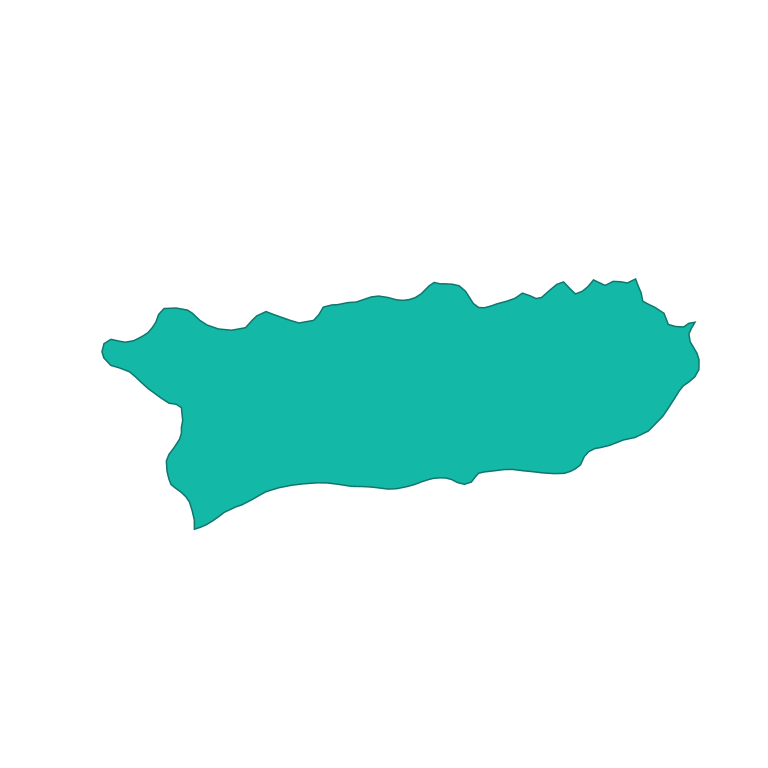 Sabino, São Paulo, Brazil, rotated 123°
{"feature_id": "56859067B35767000165463", "entity_name": "Sabino", "entity_type": "district", "adm_level": 2, "iso_a3": "BRA", "parent_name": "Brazil", "parent_adm1": "São Paulo", "projection": "albers", "projection_center": [-49.574, -21.483], "detail": "fine", "context": "isolated", "style": "filled", "palette": "teal", "viewbox_px": 768, "rotation_deg": 123, "n_neighbors": 0, "source": "geoboundaries", "source_scale": "gbopen_adm2", "svg_char_len": 2391}
<svg xmlns="http://www.w3.org/2000/svg" viewBox="0 0 768 768"><g transform="rotate(123 384 384)"><path d="M162.8,156.8L167.1,161.4L172.9,163.7L177.0,170.8L179.2,178.0L172.2,187.7L172.2,198.8L173.0,204.8L173.6,212.1L167.4,218.1L163.2,224.4L158.9,230.2L166.8,235.0L169.3,241.1L173.1,247.7L180.9,252.2L182.6,265.0L191.4,266.0L198.3,268.2L204.2,272.5L202.9,279.3L200.6,289.0L206.3,293.3L213.8,295.7L225.7,299.0L229.5,303.0L230.4,309.3L232.4,317.4L240.6,320.7L247.8,326.2L255.1,332.8L260.5,336.9L265.5,341.5L268.3,346.3L267.8,353.0L265.2,358.7L261.8,366.2L260.7,374.5L263.0,380.8L266.4,386.8L269.5,391.6L271.5,397.2L276.8,399.5L288.3,402.0L294.6,404.9L299.5,408.9L303.5,413.6L306.6,419.4L309.3,427.8L313.1,436.3L317.9,442.1L324.0,446.9L330.5,452.0L335.2,458.4L342.8,466.2L346.1,470.8L352.6,476.8L361.1,476.4L369.0,477.7L379.1,488.5L381.8,497.6L385.8,514.2L387.5,522.4L396.2,527.8L402.0,529.2L412.2,530.8L421.9,541.1L428.0,552.8L430.9,564.6L430.9,573.3L429.0,583.3L429.0,589.0L433.5,599.7L440.5,609.6L448.4,610.9L456.5,609.0L462.7,609.0L469.4,609.9L474.5,612.1L479.5,614.8L484.0,617.5L489.9,623.8L492.1,629.0L495.3,637.4L502.7,640.8L510.6,638.1L514.7,633.2L517.2,623.2L514.7,615.1L512.4,604.2L513.3,596.7L514.9,588.2L516.3,579.4L517.2,563.4L517.2,553.7L514.2,547.4L514.2,541.0L519.4,536.9L524.1,533.0L530.9,530.2L535.4,527.2L541.6,525.4L551.4,525.4L560.1,526.0L567.1,524.6L575.3,518.5L580.7,512.8L584.3,507.9L584.9,502.1L585.2,495.5L586.5,488.6L589.0,482.8L595.0,475.6L601.4,469.0L609.1,463.9L603.7,459.6L598.7,456.3L590.8,452.6L584.9,450.3L578.7,448.1L568.0,441.5L562.7,437.3L552.4,431.5L544.7,427.6L538.8,424.4L533.5,420.1L528.4,415.8L519.1,406.2L511.6,397.2L503.7,386.8L498.1,378.1L493.1,367.9L487.5,355.4L481.8,346.3L479.0,341.5L476.3,336.5L469.8,323.2L464.7,316.1L457.4,308.7L451.5,303.5L445.3,299.0L440.0,294.7L436.1,291.0L432.4,286.2L429.3,281.2L427.3,275.4L426.6,268.5L424.3,261.9L418.6,257.3L412.8,256.9L407.4,256.1L403.3,252.2L397.6,245.3L390.2,236.5L385.7,229.8L380.4,218.9L377.4,213.2L371.9,202.1L366.5,192.5L360.8,184.2L355.7,180.0L350.9,177.3L344.8,175.2L335.7,176.5L329.3,175.5L323.4,172.1L319.5,167.9L312.5,161.3L300.6,152.8L292.2,144.4L279.3,136.6L259.3,132.6L250.6,132.4L240.4,132.4L228.9,132.6L222.5,132.0L215.9,129.3L208.7,127.2L200.3,127.8L192.1,133.0L187.8,138.2L181.7,150.4L175.9,155.6L169.8,156.5L162.8,156.8Z" fill="#14b8a6" stroke="#0f766e" stroke-width="1.5"/></g></svg>